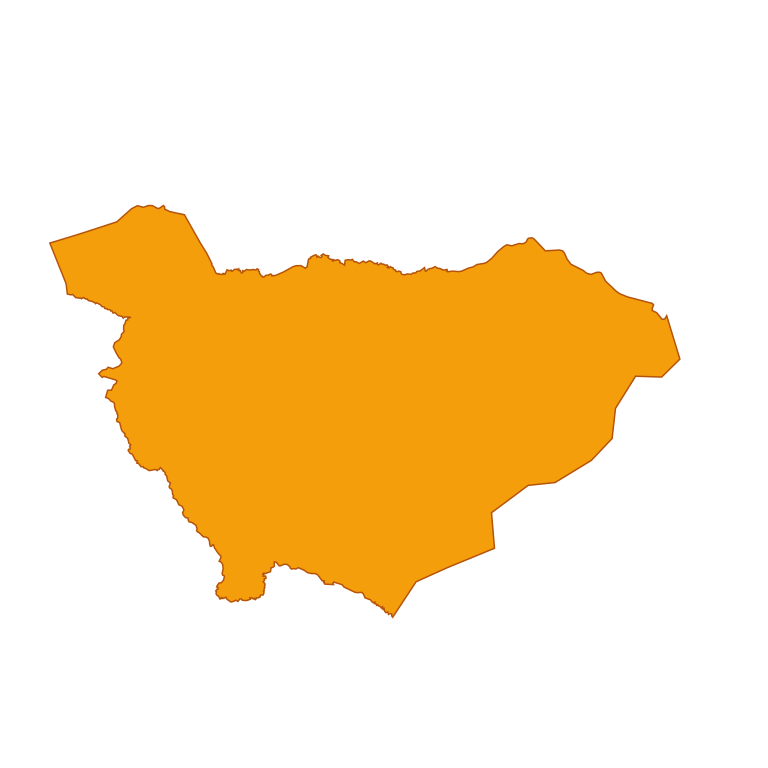 outline of Tempane, Upper East, Ghana, rotated 257°
{"feature_id": "2480657B5704764806917", "entity_name": "Tempane", "entity_type": "district", "adm_level": 2, "iso_a3": "GHA", "parent_name": "Ghana", "parent_adm1": "Upper East", "projection": "orthographic", "projection_center": [-0.066, 10.901], "detail": "fine", "context": "isolated", "style": "filled", "palette": "amber", "viewbox_px": 768, "rotation_deg": 257, "n_neighbors": 0, "source": "geoboundaries", "source_scale": "gbopen_adm2", "svg_char_len": 6167}
<svg xmlns="http://www.w3.org/2000/svg" viewBox="0 0 768 768"><g transform="rotate(257 384 384)"><path d="M386.9,674.8L384.3,672.3L384.3,669.6L392.2,665.7L395.2,661.9L397.3,662.4L400.4,664.5L402.2,663.5L414.1,640.8L419.0,633.9L422.7,630.7L434.4,623.0L443.2,620.7L444.3,619.4L445.0,616.4L444.2,610.3L446.4,606.3L449.8,603.7L458.6,593.1L464.5,590.5L471.2,589.2L473.5,588.0L475.1,585.0L477.4,571.2L491.5,562.9L493.1,561.2L493.5,557.8L493.1,556.7L490.4,554.4L489.5,552.1L489.6,549.9L490.5,547.4L489.9,539.6L492.0,535.0L491.0,531.7L487.5,524.7L482.2,517.2L479.4,511.4L479.0,508.9L479.5,501.5L478.0,496.9L478.0,492.9L476.5,484.9L476.7,482.1L478.6,476.1L479.0,471.3L480.0,470.4L480.8,471.4L481.4,471.2L481.6,467.5L484.2,464.2L484.4,462.7L486.9,460.2L485.9,456.7L486.2,455.1L485.8,452.4L484.3,450.1L484.9,449.6L488.3,449.7L486.0,444.5L486.3,441.3L485.2,440.0L485.6,436.9L484.8,435.1L486.1,431.1L485.6,429.7L486.5,426.6L487.4,425.7L489.6,425.6L490.7,423.8L490.4,422.6L491.1,420.9L492.2,421.0L493.6,419.1L495.4,418.8L495.7,417.6L496.9,416.7L496.0,415.0L496.2,414.2L497.1,413.4L497.6,414.6L499.4,413.7L499.5,411.7L500.8,410.8L501.1,409.3L502.4,408.3L501.3,405.4L502.2,404.4L503.4,404.8L503.2,402.1L506.4,399.1L507.4,397.4L506.3,393.5L508.4,391.5L507.0,387.0L509.2,384.6L509.8,382.5L512.6,381.2L512.2,379.5L513.2,377.0L513.3,374.0L508.7,372.3L511.1,370.0L512.1,368.2L513.6,368.8L515.0,367.6L515.6,366.5L515.3,364.4L516.4,363.0L515.3,362.4L515.5,361.4L517.0,361.5L517.7,359.7L519.8,357.8L521.3,358.9L522.7,355.5L524.4,354.1L523.5,351.7L522.6,352.3L521.4,351.4L521.8,349.9L523.3,348.6L522.7,347.2L524.3,347.4L525.1,346.9L525.2,345.1L524.0,340.9L523.0,340.8L523.0,339.3L522.1,338.3L515.5,335.4L514.5,333.4L518.0,329.8L519.0,325.1L518.8,321.7L515.8,311.4L514.2,302.9L514.5,299.1L515.8,299.2L516.7,298.3L516.1,295.6L516.5,293.4L515.4,291.5L515.3,290.2L516.3,289.9L516.8,288.7L518.8,288.3L519.5,287.6L521.5,287.8L522.3,287.1L523.7,287.6L524.8,286.2L524.0,285.2L524.4,283.0L525.0,282.4L525.2,278.9L526.5,275.7L525.2,273.1L526.2,271.9L524.3,271.3L524.3,270.0L526.9,269.5L526.9,268.5L528.8,268.4L528.0,267.3L528.9,266.9L529.3,264.0L528.0,261.5L528.1,260.9L529.2,260.8L529.4,258.3L530.6,256.8L526.7,253.7L527.5,252.9L527.2,252.3L527.9,252.0L527.2,250.7L527.6,249.3L528.6,248.0L528.3,247.0L530.1,245.1L536.8,243.9L538.2,242.9L539.9,243.4L550.9,240.8L562.9,236.7L593.8,227.6L600.2,214.0L603.7,209.7L606.2,210.1L607.5,209.2L605.6,204.2L606.3,202.5L610.0,198.3L610.9,194.4L610.3,189.3L613.2,183.8L611.6,177.5L602.1,160.1L598.5,119.2L596.5,90.1L553.3,96.8L542.9,95.7L541.3,99.0L541.3,100.7L537.4,103.1L537.5,104.1L536.4,105.5L536.1,107.8L535.1,108.3L535.9,110.4L535.6,111.3L534.9,111.3L533.6,113.1L533.6,114.1L531.8,114.7L530.2,118.1L527.8,120.9L527.2,121.0L527.6,122.4L525.1,125.5L523.0,126.5L521.9,128.8L520.2,129.1L519.8,130.9L518.7,131.4L518.2,133.1L517.4,134.2L516.6,134.2L516.4,135.3L514.0,136.0L514.3,137.7L510.5,140.4L508.8,144.0L506.8,144.7L507.7,146.2L506.7,150.7L505.9,151.6L505.6,149.2L504.1,148.7L504.2,146.9L501.0,145.2L499.7,143.6L495.6,142.5L493.9,142.8L491.4,139.3L489.4,138.7L486.6,136.0L484.8,130.9L481.0,128.6L474.0,130.2L469.1,131.8L467.4,133.0L463.7,133.4L461.1,130.1L459.9,123.2L462.4,118.9L460.8,116.8L460.8,112.6L458.2,108.3L453.8,110.9L454.4,112.7L448.5,123.1L447.1,124.5L444.9,123.1L443.9,120.5L439.3,117.1L440.1,113.4L433.5,109.7L431.8,112.3L428.7,114.1L427.0,116.4L425.3,116.9L422.8,116.4L418.3,116.6L416.8,117.5L415.1,117.1L414.2,117.7L410.8,116.9L409.8,115.5L407.4,115.4L406.4,117.3L405.4,117.8L398.6,117.9L396.7,118.5L393.7,120.4L391.6,119.8L388.7,122.0L383.5,122.2L381.7,123.6L380.5,122.1L378.8,122.5L377.8,122.1L377.8,120.5L376.9,119.8L373.5,121.0L372.2,123.0L365.3,124.7L364.6,126.4L362.6,125.3L361.8,127.0L358.1,128.6L357.7,130.6L356.5,130.9L355.2,133.0L352.4,135.7L352.2,142.0L350.7,143.6L351.4,144.3L351.3,145.6L352.9,147.2L350.0,149.1L349.0,149.1L348.8,149.7L346.7,150.9L345.2,150.4L343.6,151.5L338.2,151.5L335.6,153.6L332.2,151.5L330.9,151.8L329.6,153.1L327.3,153.7L324.5,153.2L322.3,153.7L320.7,152.8L317.9,155.8L312.4,157.0L310.4,159.7L306.9,160.6L306.1,160.6L303.9,158.8L301.2,159.0L298.3,160.7L297.6,162.8L294.7,162.7L293.4,163.2L292.5,165.4L288.8,168.9L285.2,169.4L283.1,168.4L281.4,169.4L280.9,170.3L275.6,173.7L275.1,175.8L273.3,178.0L269.6,178.6L267.4,178.1L264.9,178.3L264.8,179.5L266.0,181.0L265.5,181.7L262.4,182.0L256.4,184.3L252.9,186.3L251.8,186.2L248.3,183.5L247.3,185.1L244.6,186.2L240.4,185.8L235.7,183.6L233.9,183.9L233.3,185.0L232.3,185.2L228.8,183.4L226.9,180.6L227.2,178.4L224.8,175.9L223.9,175.3L223.1,176.4L221.8,176.5L221.7,175.3L220.2,173.5L219.1,174.0L217.7,173.2L216.1,173.5L213.8,175.4L211.6,175.6L211.4,176.3L212.5,177.6L212.4,178.2L211.4,178.1L211.2,179.9L211.9,182.0L209.4,182.7L206.1,185.7L206.0,188.5L206.7,191.0L205.0,192.7L207.0,195.3L206.5,196.8L205.6,196.9L204.8,198.1L203.9,201.5L204.3,205.4L205.7,205.2L205.3,206.2L205.8,206.7L203.9,208.4L204.3,209.8L203.2,209.7L202.8,210.2L204.3,211.9L203.9,213.7L204.5,215.5L205.8,215.8L206.1,216.9L205.6,218.6L207.4,220.1L209.1,219.9L209.4,220.8L211.1,220.9L212.4,222.1L213.7,221.9L214.6,222.8L216.4,223.0L218.5,221.8L219.5,223.3L221.2,223.5L221.0,225.1L221.4,225.4L223.4,225.5L223.9,223.1L225.0,224.1L225.8,223.0L226.8,224.2L226.0,225.9L226.7,231.2L230.3,232.6L230.3,234.3L231.1,236.2L235.2,237.0L235.2,238.0L234.4,239.0L230.5,240.9L230.1,241.9L230.8,246.3L230.1,248.9L227.4,251.0L225.2,251.5L224.5,252.3L224.5,254.2L223.6,256.5L224.3,259.2L220.4,264.4L217.4,267.0L215.5,271.0L214.8,274.3L212.8,276.6L206.1,279.5L205.8,281.5L204.4,281.3L204.3,280.6L202.3,281.4L199.9,289.7L201.6,289.5L202.3,290.4L197.9,298.1L195.3,299.2L187.7,308.7L186.7,311.0L186.0,315.3L184.1,316.7L179.9,317.4L176.7,322.3L173.7,323.7L173.4,326.2L172.2,325.2L171.2,327.2L170.0,327.0L169.9,328.6L169.1,328.6L168.4,329.9L166.7,330.8L167.2,332.2L165.8,331.6L164.8,332.2L165.9,332.8L165.7,333.6L162.5,333.5L160.7,334.5L161.1,336.4L158.5,336.6L158.9,337.7L158.3,339.8L156.2,339.4L154.8,340.0L184.1,370.8L190.8,404.4L199.1,454.7L234.4,459.8L252.8,501.7L249.5,528.5L262.9,568.8L279.6,594.0L308.2,604.1L335.0,630.9L328.3,656.1L341.7,677.9L386.9,674.8Z" fill="#f59e0b" stroke="#b45309" stroke-width="1.5"/></g></svg>